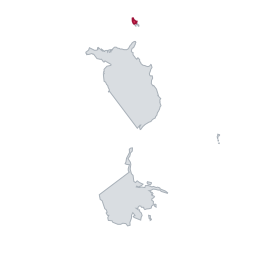 map of Dominican Republic with United States of America and Haiti greyed out, rotated 233°
{"feature_id": "DOM", "entity_name": "Dominican Republic", "entity_type": "country or territory", "adm_level": 0, "iso_a3": "DOM", "parent_name": "North America", "parent_adm1": "", "projection": "mercator", "projection_center": [-70.506, 18.775], "detail": "fine", "context": "with_neighbors", "style": "filled", "palette": "rose", "viewbox_px": 256, "rotation_deg": 233, "n_neighbors": 2, "source": "natural_earth", "source_scale": "50m", "svg_char_len": 5091}
<svg xmlns="http://www.w3.org/2000/svg" viewBox="0 0 256 256"><g transform="rotate(233 128 128)"><path d="M122.2,135.3L168.3,135.3L168.3,134.3L168.9,134.3L169.2,135.7L169.7,136.1L172.6,136.7L174.2,137.4L175.6,137.1L178.1,137.7L179.6,137.0L185.5,140.5L185.6,141.1L186.0,141.4L185.9,141.6L186.7,141.4L187.1,142.4L187.8,142.7L187.6,143.1L189.3,144.2L190.0,148.4L188.4,151.8L188.5,152.3L189.1,152.7L195.4,150.0L195.0,148.6L195.7,148.2L198.9,148.2L199.4,147.3L202.1,145.0L207.7,145.0L207.9,144.4L209.2,144.0L210.3,141.0L211.5,139.1L212.1,139.8L213.2,139.4L213.9,140.1L213.9,143.4L215.3,145.5L210.1,148.1L208.9,150.0L208.9,151.2L209.4,152.4L210.1,152.4L209.9,151.6L210.4,152.1L210.3,152.7L205.5,153.7L204.1,154.3L206.5,153.9L207.0,154.3L204.7,155.0L203.6,155.0L203.7,154.7L203.2,155.3L203.7,155.4L203.3,157.0L202.1,158.6L202.0,158.1L201.0,157.4L201.4,158.6L201.8,159.0L201.8,159.8L200.4,162.3L200.7,160.8L199.9,160.0L199.7,158.2L199.4,159.1L199.7,160.5L198.6,160.1L199.8,160.8L199.8,162.8L200.3,162.9L200.7,165.7L199.7,167.2L197.9,167.8L196.8,169.0L196.0,169.2L195.2,169.9L194.9,170.6L193.1,171.8L191.4,173.9L191.1,175.3L191.4,176.7L192.7,179.6L192.7,180.5L193.5,182.6L193.4,184.6L193.0,185.7L192.5,186.0L191.6,185.8L191.4,184.9L190.7,184.5L188.8,180.8L189.2,179.5L188.7,178.5L187.4,176.9L186.8,176.6L185.1,177.4L184.0,176.4L182.9,176.0L181.0,176.2L179.6,176.0L177.6,176.4L177.9,176.9L177.9,177.7L178.2,178.1L177.9,178.3L177.3,178.1L176.7,178.4L175.5,178.4L174.2,177.4L172.8,177.6L171.6,177.1L169.1,177.7L167.6,179.1L166.0,180.0L165.0,180.9L164.7,181.7L164.6,183.0L165.0,184.5L164.4,184.6L161.9,183.6L161.1,181.4L160.1,180.3L158.7,177.9L157.5,177.2L156.1,177.2L155.1,178.7L153.7,178.1L152.9,177.6L151.9,175.5L149.4,173.3L146.6,173.3L146.5,174.1L141.9,174.1L135.6,171.8L135.8,171.4L131.7,171.8L131.5,170.8L130.4,169.6L129.6,169.4L129.4,168.8L128.5,168.7L127.9,168.2L126.4,168.0L125.9,167.6L125.7,166.5L124.1,164.5L122.7,161.6L122.8,161.1L120.8,158.6L120.5,156.9L119.6,155.7L120.0,153.8L119.9,151.9L119.4,150.2L120.1,148.0L120.5,143.8L120.2,140.6L119.2,137.3L119.4,136.8L121.8,137.7L122.7,140.0L123.1,139.4L122.2,135.3ZM92.0,64.9L92.0,102.4L93.6,102.5L95.2,103.5L97.9,107.1L99.5,105.2L101.2,104.2L102.1,105.9L104.7,108.6L107.5,114.4L110.3,116.3L110.3,118.2L109.4,119.6L107.0,117.5L106.6,115.0L104.4,112.5L103.5,109.6L99.3,109.3L97.3,108.4L93.9,105.0L89.4,103.2L87.1,103.5L81.8,100.5L79.9,101.2L80.3,103.5L77.4,104.4L74.1,106.2L73.9,104.3L74.6,101.0L76.4,100.0L76.0,99.1L73.8,101.0L72.7,103.3L70.3,105.6L71.5,107.2L69.9,109.5L66.5,111.7L66.1,113.1L63.5,114.7L62.9,116.1L61.0,117.3L59.9,117.1L55.2,119.9L52.4,120.7L52.1,120.2L57.3,116.4L59.4,116.0L60.2,114.8L62.5,113.0L64.1,111.3L64.4,108.9L65.3,107.0L63.3,108.0L62.8,107.4L61.9,108.6L60.8,107.0L60.4,108.1L59.7,106.5L58.1,107.8L57.1,107.8L56.9,105.9L57.2,104.7L56.1,103.5L54.0,104.1L51.4,101.8L51.4,99.8L50.1,98.4L50.8,96.3L52.1,94.3L52.7,92.4L54.1,92.2L55.2,92.8L56.6,91.0L57.8,91.3L59.0,90.1L58.7,88.4L57.8,87.7L59.0,86.2L56.2,87.1L55.7,88.0L54.4,87.1L52.1,87.5L49.6,86.6L48.9,85.0L46.8,82.7L52.9,79.0L54.3,79.0L54.0,81.0L57.5,80.9L56.2,78.3L54.1,76.7L51.4,72.6L49.1,71.2L50.0,68.8L53.0,68.7L55.1,66.5L55.5,64.2L57.2,61.9L61.9,59.1L63.5,59.4L66.0,56.7L68.5,57.8L69.8,60.1L70.5,59.1L73.3,59.4L73.2,60.6L75.8,61.4L77.5,60.9L85.5,63.6L87.7,62.8L92.0,64.9ZM40.8,90.1L41.8,90.8L42.9,90.4L45.9,91.9L44.5,93.1L42.6,91.6L41.1,91.8L40.7,91.5L40.8,90.1ZM68.0,195.0L69.0,196.0L67.5,197.1L67.1,196.8L66.9,195.7L67.2,195.2L67.2,194.7L68.0,195.0ZM67.0,193.8L66.3,194.1L65.8,193.5L66.0,193.3L67.0,193.8ZM65.7,193.1L64.8,193.2L65.7,193.1ZM63.6,192.1L64.2,192.8L63.5,192.8L63.2,192.3L63.6,192.1ZM61.4,191.2L61.2,191.8L60.7,191.5L61.0,191.2L61.4,191.2ZM49.6,102.2L50.9,102.5L51.0,103.8L50.0,104.3L47.9,102.8L49.6,102.2ZM71.6,110.0L72.7,110.2L73.4,111.2L70.3,113.8L69.5,113.1L69.2,111.6L71.6,110.0Z" fill="#d9dde1" stroke="#a8b0b8" stroke-width="1"/><path d="M207.4,195.7L207.4,197.3L207.0,197.6L207.4,198.1L207.4,198.6L206.3,198.3L204.5,198.3L203.7,198.6L202.8,198.1L203.0,197.5L205.8,197.9L206.4,197.5L205.6,196.7L205.6,196.1L204.6,195.8L204.9,195.3L207.4,195.7Z" fill="#d9dde1" stroke="#a8b0b8" stroke-width="1"/><path d="M207.3,198.6L207.3,198.3L207.4,198.2L207.1,197.9L206.9,197.6L207.1,197.6L207.3,197.4L207.4,197.2L207.2,196.9L207.3,196.8L207.5,196.7L207.3,196.4L207.4,196.2L207.3,195.7L207.5,195.4L207.8,195.3L208.1,195.4L208.4,195.3L208.7,195.3L208.9,195.3L209.1,195.5L209.5,195.5L209.9,195.8L210.0,195.8L210.2,195.7L210.3,195.7L210.4,195.9L210.5,196.1L210.5,196.3L211.4,196.3L211.5,196.4L211.5,196.5L211.4,196.6L211.1,196.5L210.9,196.5L211.1,196.7L211.3,196.8L211.6,196.9L211.9,196.9L212.1,196.9L212.4,197.1L212.8,197.4L212.9,197.5L213.0,197.6L212.8,197.9L212.8,198.0L212.6,198.0L212.5,198.3L212.4,198.3L212.3,198.2L212.2,198.1L211.8,198.0L211.5,197.9L211.3,197.9L211.1,197.9L210.8,197.9L210.6,197.9L210.4,197.9L210.2,198.0L209.9,198.2L209.5,198.3L209.3,198.2L209.2,198.1L208.7,198.2L208.4,198.3L208.4,198.5L208.1,198.9L208.0,199.2L207.9,199.3L207.7,199.2L207.5,198.9L207.4,198.7L207.3,198.6Z" fill="#f43f5e" stroke="#9f1239" stroke-width="1.5"/></g></svg>